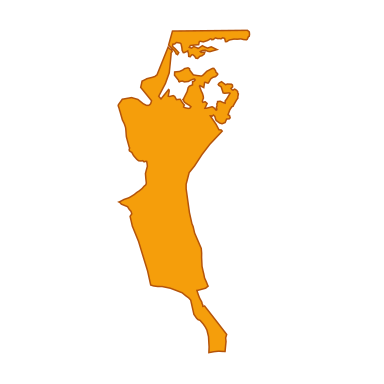 MIt Salsil, Ad Daqahliyah, Egypt (Robinson projection), rotated 354°
{"feature_id": "37247803B51096510617520", "entity_name": "MIt Salsil", "entity_type": "district", "adm_level": 2, "iso_a3": "EGY", "parent_name": "Egypt", "parent_adm1": "Ad Daqahliyah", "projection": "robinson", "projection_center": [31.823, 31.238], "detail": "fine", "context": "isolated", "style": "filled", "palette": "amber", "viewbox_px": 384, "rotation_deg": 354, "n_neighbors": 0, "source": "geoboundaries", "source_scale": "gbopen_adm2", "svg_char_len": 5123}
<svg xmlns="http://www.w3.org/2000/svg" viewBox="0 0 384 384"><g transform="rotate(354 192 192)"><path d="M118.3,194.3L119.2,194.9L120.5,196.7L125.3,199.3L126.4,199.9L127.7,202.6L129.4,205.0L129.7,206.9L129.8,207.5L127.9,209.7L128.0,210.8L129.1,219.7L133.7,235.6L135.8,246.6L138.9,262.4L139.6,266.0L141.2,280.2L143.9,281.4L148.0,282.4L152.5,282.9L160.3,285.4L165.1,287.8L171.7,291.2L174.9,294.5L177.6,296.9L179.4,299.3L181.1,313.9L183.4,318.1L184.7,319.6L185.8,320.1L186.6,320.5L189.3,324.3L191.1,327.6L192.4,330.9L193.3,337.5L192.8,347.9L192.0,353.5L197.2,353.1L201.9,353.1L205.4,353.7L208.2,354.1L210.2,344.3L210.2,340.6L211.6,337.3L203.2,323.7L192.6,306.7L190.8,306.9L190.8,306.0L190.8,305.0L190.3,304.1L190.3,302.7L188.5,298.4L187.6,295.1L186.8,291.4L186.6,290.4L187.2,290.4L190.0,290.0L195.5,289.1L198.2,287.3L197.8,286.3L196.9,283.0L195.5,278.8L195.1,274.5L194.7,271.7L194.2,267.0L194.7,258.1L195.2,253.8L195.3,249.1L190.3,233.1L189.5,226.5L188.6,223.6L187.3,212.3L186.5,188.3L187.0,183.6L191.2,172.4L197.2,166.4L205.9,155.7L214.7,146.4L228.4,134.6L227.6,133.4L225.3,132.9L223.0,127.2L221.7,124.8L218.1,118.2L219.0,118.2L219.9,118.7L221.3,117.7L222.6,119.2L223.1,122.0L223.5,123.4L226.7,126.3L229.0,127.3L232.2,126.4L234.0,123.1L236.8,123.1L237.7,122.2L237.3,119.8L236.4,119.4L235.9,118.9L238.2,114.2L240.5,111.4L241.9,111.0L242.4,110.0L246.1,104.9L247.4,103.5L247.5,102.1L248.4,99.3L247.9,98.3L247.9,96.9L247.0,95.5L245.2,94.1L243.4,95.0L242.5,94.5L241.6,93.1L243.4,91.7L243.4,89.8L242.5,88.9L238.4,88.3L236.6,88.8L232.9,85.4L230.6,86.4L229.3,87.7L229.7,88.7L231.5,90.1L232.0,90.6L232.9,94.8L233.3,96.7L234.7,97.2L239.3,97.3L240.2,97.8L236.0,103.4L234.6,104.7L234.2,107.1L231.9,106.1L229.6,104.7L226.9,104.7L226.8,105.6L225.9,107.0L225.9,108.9L225.4,109.8L225.0,110.7L225.4,112.2L225.0,113.1L224.5,113.1L223.2,111.2L222.2,110.2L220.9,109.3L215.4,110.2L213.6,110.1L216.3,105.5L214.5,103.6L212.2,104.0L211.8,103.1L212.2,101.6L213.2,99.8L213.2,97.9L212.7,95.1L211.8,92.7L210.5,87.5L211.0,87.0L214.6,89.4L215.5,86.2L216.0,84.3L216.9,84.3L218.8,85.3L219.7,85.3L222.4,81.5L224.7,80.2L227.5,79.7L229.8,77.9L229.8,76.9L228.4,75.5L228.0,73.6L226.6,71.3L225.3,71.2L223.9,71.7L219.3,73.5L216.5,75.8L214.7,77.2L213.3,77.7L211.5,77.2L209.2,76.7L205.6,75.7L202.4,70.5L202.4,69.1L201.0,68.1L197.4,68.5L196.0,69.5L192.3,70.8L187.3,70.8L186.8,74.0L190.4,79.7L190.4,80.7L190.9,81.2L192.3,80.7L194.1,80.7L195.9,81.7L197.7,81.7L200.0,81.7L201.9,80.8L205.1,79.9L206.4,79.9L206.9,80.9L205.1,82.3L204.1,82.3L203.7,85.5L200.5,86.4L200.0,86.9L199.1,87.8L197.7,91.6L193.5,98.1L193.5,98.6L192.6,99.0L193.9,101.9L194.9,102.8L196.7,104.3L198.0,105.2L199.9,107.1L198.5,108.5L197.1,108.5L193.9,107.5L192.5,106.6L193.0,105.2L193.5,104.7L193.0,104.2L192.1,102.8L189.9,98.5L188.9,98.5L186.2,98.5L184.8,95.2L183.5,94.2L183.0,94.2L179.8,94.7L178.4,94.2L179.8,89.5L179.9,88.1L179.4,87.6L170.9,96.2L168.9,93.3L176.9,81.3L181.8,71.2L183.7,62.2L185.6,52.9L185.6,51.9L187.0,50.1L186.5,48.6L184.7,47.2L183.4,45.4L169.4,71.9L168.7,72.2L167.3,73.2L164.9,73.7L164.5,73.8L162.3,74.1L160.2,74.4L158.9,74.6L157.8,75.1L155.9,75.8L154.3,76.4L153.9,76.5L153.7,77.3L153.5,77.7L153.1,79.1L152.6,80.5L151.9,82.6L161.3,97.0L160.9,98.1L160.1,99.8L159.3,100.6L158.0,101.3L157.6,101.3L156.0,101.1L155.6,101.0L153.5,99.6L152.7,99.1L149.9,96.3L147.9,94.3L145.5,93.3L141.8,91.8L141.4,91.8L138.8,92.0L137.0,92.1L135.9,92.2L133.1,92.4L132.4,92.4L131.2,93.8L129.5,95.7L128.0,97.4L127.7,98.1L127.6,98.5L128.3,101.5L128.6,103.6L128.8,104.2L128.9,104.8L129.4,107.8L130.3,113.0L131.8,117.0L132.6,120.5L132.7,121.8L132.7,123.4L132.5,130.1L132.6,130.9L134.1,140.0L134.2,140.7L134.6,141.6L133.9,143.4L134.1,144.6L136.3,146.4L137.7,149.7L138.8,151.3L140.5,153.7L141.9,155.1L142.3,155.4L144.5,155.8L146.3,155.7L146.7,156.2L147.0,156.7L147.9,157.0L149.2,156.6L150.1,156.8L150.3,159.2L150.3,161.8L148.6,166.1L147.6,168.9L147.6,169.7L147.5,173.0L147.5,178.3L146.9,179.9L146.4,180.3L144.9,181.3L142.8,183.3L139.6,185.4L137.4,186.5L137.0,186.7L134.3,188.5L131.4,189.9L130.4,190.4L128.4,191.2L123.6,192.3L119.4,194.0L118.3,194.3ZM190.8,30.0L189.4,29.9L184.1,43.4L187.9,48.2L188.8,49.1L190.2,51.5L190.6,52.9L192.0,53.9L193.4,52.0L190.2,47.7L188.4,45.8L187.9,44.9L188.4,43.0L190.2,43.0L192.1,41.7L195.7,42.6L196.6,43.6L197.0,47.4L197.0,50.2L197.9,52.5L198.8,52.6L201.6,51.6L202.5,51.2L202.5,52.1L203.0,53.5L202.9,56.8L204.3,57.3L206.1,55.5L207.1,55.5L208.0,56.4L208.9,57.4L209.8,59.3L211.6,59.8L213.9,57.9L216.2,57.5L218.5,56.1L219.4,54.2L215.8,54.2L214.9,53.2L217.1,52.3L219.9,52.3L222.6,53.8L224.5,54.3L231.8,53.0L226.3,49.6L222.6,50.5L219.9,49.1L217.6,47.6L214.9,49.0L213.0,49.9L212.6,49.4L208.9,47.5L206.6,48.9L204.4,47.9L205.7,46.1L207.6,46.1L210.8,46.1L214.0,46.2L214.9,43.4L215.8,42.9L219.0,43.9L223.2,43.0L226.4,41.6L227.7,42.1L227.7,42.6L229.1,42.6L230.5,41.7L231.4,41.2L233.7,42.2L235.1,42.2L236.9,42.7L238.7,41.8L240.5,42.7L241.0,46.0L242.3,46.1L244.2,45.1L245.1,44.7L249.7,44.3L253.3,44.8L256.5,44.8L259.3,45.8L262.0,46.3L262.9,45.9L264.3,43.5L265.2,43.1L265.7,41.2L265.7,38.8L264.0,37.0L234.6,34.2L191.7,30.1L190.8,30.0Z" fill="#f59e0b" stroke="#b45309" stroke-width="1.5"/></g></svg>